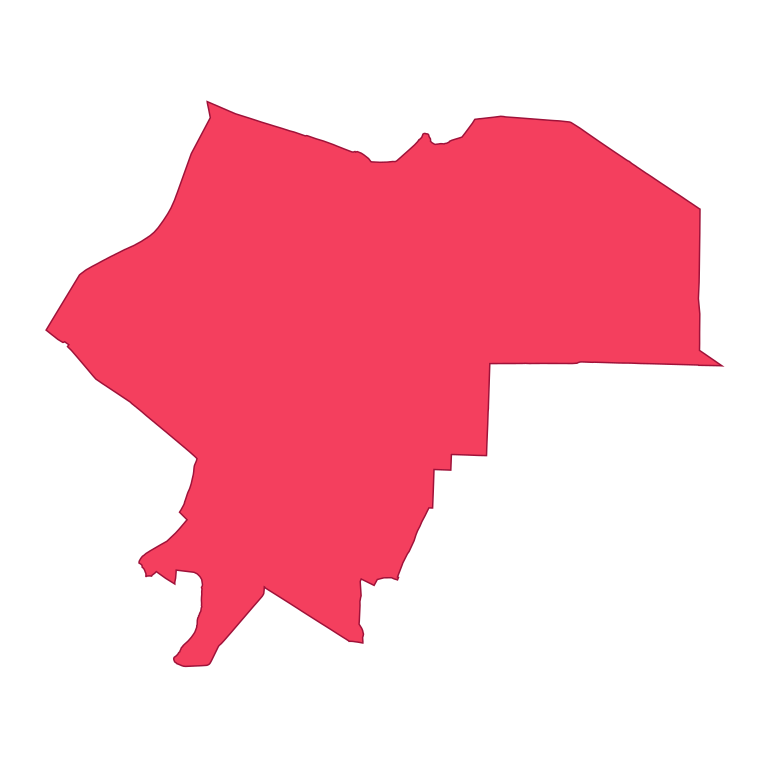 Garliciu, Constanta, Romania
{"feature_id": "2599482B92428922376661", "entity_name": "Garliciu", "entity_type": "district", "adm_level": 2, "iso_a3": "ROU", "parent_name": "Romania", "parent_adm1": "Constanta", "projection": "natural_earth1", "projection_center": [28.106, 44.755], "detail": "fine", "context": "isolated", "style": "filled", "palette": "rose", "viewbox_px": 768, "rotation_deg": 0, "n_neighbors": 0, "source": "geoboundaries", "source_scale": "gbopen_adm2", "svg_char_len": 5760}
<svg xmlns="http://www.w3.org/2000/svg" viewBox="0 0 768 768"><path d="M46.1,330.1L51.5,334.4L57.6,339.2L57.7,339.3L62.8,342.4L63.7,342.3L64.6,341.7L68.8,344.7L67.5,346.6L71.3,350.3L76.5,356.3L86.6,368.2L89.7,371.9L92.8,375.6L95.9,379.1L102.6,383.7L112.6,390.3L130.3,402.1L131.3,403.1L131.7,403.5L140.0,410.2L147.1,416.3L163.5,429.9L178.7,442.6L188.9,451.2L195.0,456.6L196.8,458.4L197.0,458.6L196.4,460.9L196.1,461.7L196.0,461.8L195.2,463.7L194.5,465.3L194.2,466.7L194.0,468.3L193.7,471.7L193.3,474.6L192.7,477.1L191.5,482.4L191.3,483.4L190.8,485.0L190.1,487.3L189.4,489.2L188.6,490.9L188.0,492.2L187.3,494.1L186.0,498.1L185.2,500.5L184.8,501.5L184.3,503.4L184.4,503.5L183.4,505.5L182.3,507.5L181.0,509.9L179.5,512.2L179.7,512.4L187.1,519.8L186.6,520.3L181.2,526.7L178.6,529.7L176.6,531.9L175.5,533.1L166.6,541.5L165.9,541.8L162.7,543.6L161.6,544.2L157.8,546.4L150.2,550.8L148.7,551.8L146.1,553.4L143.9,555.3L142.4,556.3L140.8,558.4L140.6,558.7L139.2,561.2L139.0,563.0L140.5,563.9L141.6,564.8L142.0,565.4L142.1,566.0L142.2,567.3L143.2,568.0L144.0,569.0L144.6,570.2L145.3,572.1L145.9,573.5L146.0,575.2L145.8,576.2L146.1,576.5L146.9,576.1L147.7,576.0L149.3,575.9L150.9,576.0L151.6,576.1L151.9,575.4L153.0,574.5L155.0,573.0L156.3,571.6L165.6,578.3L174.8,584.0L174.8,582.1L175.6,578.2L176.0,573.3L176.2,570.1L186.0,571.3L192.7,572.1L194.1,572.3L197.3,573.9L199.9,576.5L201.7,579.5L202.5,584.8L202.1,586.5L201.5,587.2L201.6,588.0L202.0,588.7L201.7,591.9L201.8,594.2L201.5,597.3L201.4,600.2L201.6,603.3L201.5,605.7L201.8,606.8L201.3,607.8L200.8,611.2L200.1,612.5L199.6,613.4L199.3,614.8L198.6,615.8L198.6,616.7L197.8,617.9L197.5,619.4L197.3,620.2L197.2,623.8L197.2,624.7L196.9,625.2L196.7,626.2L196.8,626.9L196.5,627.8L195.0,631.8L194.1,633.4L191.5,637.1L188.0,641.1L184.8,644.0L183.0,645.7L182.7,646.5L181.7,647.3L181.4,647.7L180.6,649.7L180.0,650.9L179.8,651.8L179.1,652.3L178.6,652.8L178.2,653.6L177.7,654.3L176.4,655.7L174.1,657.4L173.7,658.8L173.9,659.9L174.6,661.7L175.2,662.3L176.0,662.8L176.6,663.2L176.8,663.6L179.6,664.7L181.9,665.7L183.2,666.1L183.6,666.2L184.5,666.3L185.6,666.4L192.1,666.1L201.2,665.7L205.9,665.4L206.9,665.3L208.0,664.9L209.3,664.1L210.2,663.0L211.5,660.6L216.2,651.0L218.3,646.7L219.1,645.5L220.4,644.4L221.4,643.5L223.7,641.0L231.1,632.5L253.7,606.1L257.4,601.9L261.1,597.6L262.2,596.3L262.9,595.2L263.4,594.4L263.8,593.3L263.9,592.1L264.1,590.2L264.3,586.9L264.9,587.3L264.9,587.7L275.1,594.1L289.5,603.2L298.1,608.7L301.6,611.0L321.3,623.5L325.0,625.8L332.1,630.3L336.9,633.4L339.6,635.1L349.1,641.1L349.1,641.3L350.8,641.3L352.6,641.4L353.5,641.5L354.7,641.7L357.8,642.1L362.8,643.0L362.8,642.9L362.9,642.2L362.6,637.5L363.1,636.0L363.5,634.1L363.1,632.7L362.6,630.4L361.7,628.3L360.0,625.6L359.1,624.2L359.1,623.6L359.3,621.1L360.0,605.4L359.9,601.4L360.3,599.5L360.6,597.6L361.1,595.8L360.2,581.5L361.2,579.0L374.1,585.4L377.3,579.5L383.9,577.8L391.5,577.7L394.2,578.9L396.6,579.6L397.5,579.9L398.5,577.4L397.5,577.0L402.4,564.2L402.7,563.2L407.4,553.9L409.1,551.5L411.6,546.1L414.1,540.7L416.0,534.7L417.6,530.7L419.9,526.3L421.9,521.6L424.9,516.0L427.5,510.7L428.9,507.9L432.6,508.0L433.3,489.8L434.0,469.5L450.8,470.1L451.2,459.8L451.4,454.6L451.6,454.5L455.7,454.6L461.8,454.8L467.8,455.0L477.6,455.4L486.5,455.6L486.6,453.2L486.7,449.4L486.9,443.5L487.7,424.2L488.1,411.7L488.4,408.2L488.4,407.9L488.4,406.6L489.8,363.6L504.9,363.5L514.2,363.5L524.7,363.4L524.8,363.3L529.2,363.5L542.0,363.4L572.5,363.5L577.0,363.2L578.1,362.6L579.9,362.0L581.8,361.9L592.4,362.3L594.5,362.2L619.9,363.0L630.8,363.1L640.6,363.5L650.8,363.7L698.2,365.0L698.6,365.3L710.1,365.5L720.3,365.7L721.9,365.8L710.6,358.0L699.5,350.4L699.6,343.8L699.6,333.1L699.8,313.9L698.4,298.6L699.1,282.1L699.3,269.8L699.5,254.6L699.7,239.7L699.8,233.2L699.8,231.8L700.0,210.0L700.0,209.2L699.9,209.2L699.7,209.0L688.1,201.2L678.8,194.9L673.8,191.7L660.2,182.6L647.7,174.2L646.7,173.6L646.2,173.3L636.9,167.0L636.0,166.3L631.6,163.4L630.8,162.7L629.7,161.8L629.0,161.3L628.0,160.9L626.5,160.0L618.5,154.6L617.0,153.6L614.9,152.2L608.1,147.6L599.0,141.4L587.3,133.3L579.9,128.1L575.0,125.0L571.0,122.5L569.5,122.0L565.8,121.6L560.4,121.0L557.8,120.8L554.3,120.6L551.3,120.4L515.2,117.6L506.5,117.0L504.6,116.8L504.2,116.6L500.8,116.3L493.9,117.2L485.8,118.1L480.6,118.7L479.8,118.7L476.2,119.2L475.0,119.3L474.8,119.4L472.5,123.1L465.0,133.2L462.2,136.8L461.9,137.1L459.2,138.0L454.9,139.3L451.7,140.3L450.7,140.8L450.3,141.0L449.5,141.3L449.1,142.1L446.3,143.4L445.1,143.4L444.2,143.9L441.9,143.7L440.2,143.7L437.3,144.2L437.2,144.1L435.4,144.4L434.7,144.3L432.1,142.8L430.5,141.3L430.6,140.3L430.4,138.8L429.8,137.8L429.1,136.7L428.7,135.0L428.1,134.2L427.3,133.9L425.6,133.7L425.1,133.4L424.1,133.5L423.3,133.9L422.9,134.2L422.6,135.2L421.7,137.4L419.1,139.9L418.9,139.8L417.7,141.6L414.6,144.9L408.3,150.6L396.7,160.9L395.2,161.6L392.8,161.5L387.3,162.1L380.0,162.3L371.9,161.9L370.9,161.6L368.6,158.6L363.9,154.9L361.3,153.2L357.3,151.6L355.5,152.1L355.0,151.5L354.6,151.6L353.2,152.1L351.9,151.9L344.8,149.2L341.3,147.8L336.7,146.0L333.6,144.7L328.4,142.8L323.4,141.0L316.1,138.8L308.1,136.0L306.6,135.6L305.3,135.9L294.3,132.1L289.4,130.8L281.7,128.3L274.4,126.1L268.9,124.4L262.0,122.3L254.4,119.8L248.5,117.9L241.2,115.6L235.2,113.7L207.2,101.6L207.4,103.2L208.9,110.4L210.3,117.7L191.3,153.6L177.1,193.2L176.5,194.7L174.9,199.1L174.5,200.2L171.0,208.0L167.8,213.7L165.8,216.8L163.3,220.6L158.1,227.8L154.1,232.3L149.8,235.9L147.2,237.6L147.0,237.9L146.9,237.9L146.3,238.2L141.2,241.5L132.9,246.0L132.5,246.1L125.9,249.1L125.4,249.4L125.1,249.4L115.3,254.3L114.0,255.0L110.9,256.5L102.3,261.0L96.8,264.0L92.2,266.4L88.0,268.8L86.7,269.5L85.6,270.2L80.7,273.9L79.5,274.9L51.7,320.8L46.1,330.1Z" fill="#f43f5e" stroke="#9f1239" stroke-width="1.5"/></svg>